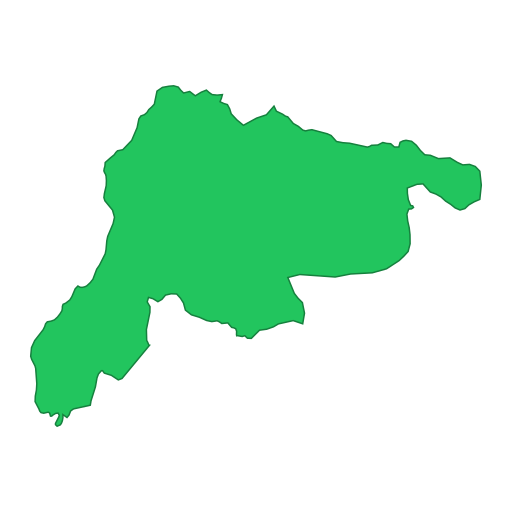 an SVG outline of Vientiane
{"feature_id": "LAO-3284", "entity_name": "Vientiane", "entity_type": "Province", "adm_level": 1, "iso_a3": "LAO", "parent_name": "Laos", "parent_adm1": "", "projection": "natural_earth1", "projection_center": [102.396, 18.611], "detail": "fine", "context": "isolated", "style": "filled", "palette": "green", "viewbox_px": 512, "rotation_deg": 0, "n_neighbors": 0, "source": "natural_earth", "source_scale": "10m", "svg_char_len": 3133}
<svg xmlns="http://www.w3.org/2000/svg" viewBox="0 0 512 512"><path d="M149.4,345.4L122.0,378.5L118.3,379.9L111.3,375.3L104.3,373.1L102.6,370.7L101.4,370.7L98.5,373.9L97.0,377.8L95.4,386.9L91.0,400.9L90.3,405.2L73.5,408.9L70.6,411.0L69.0,415.1L67.0,417.5L62.9,414.6L62.9,417.8L62.4,420.6L61.6,422.9L60.4,424.8L57.1,426.2L56.7,425.8L55.5,424.7L55.5,423.4L58.8,416.9L59.3,415.3L58.1,413.1L55.6,413.4L53.1,414.9L51.7,416.1L50.5,416.1L49.6,412.9L48.1,412.2L43.7,413.2L41.0,412.6L39.7,411.0L38.9,408.9L35.1,401.6L35.3,396.1L36.4,390.2L36.8,383.8L35.7,368.5L35.0,365.9L31.6,359.2L30.7,356.3L31.5,347.6L34.7,340.6L43.1,329.8L44.7,326.6L45.6,323.8L47.3,321.8L51.2,321.1L54.4,319.9L57.5,317.1L60.1,313.7L61.9,310.8L62.3,308.7L62.4,306.3L63.1,304.3L65.8,303.1L69.8,300.0L71.9,296.6L75.2,288.8L77.9,286.0L79.9,287.2L82.1,287.4L84.5,286.9L86.6,286.0L90.6,282.3L91.0,281.6L92.9,279.3L96.7,269.2L99.5,265.1L105.2,253.8L106.0,249.8L106.8,240.8L107.7,236.4L113.1,223.6L114.5,217.2L112.5,210.1L104.9,200.8L103.9,197.6L104.4,193.6L106.2,185.7L106.4,180.7L106.1,176.3L105.6,174.4L104.6,172.7L103.9,170.9L104.2,168.6L104.9,166.2L105.2,162.5L110.4,157.9L114.2,154.8L115.8,152.5L117.5,150.8L122.8,149.7L131.7,140.4L137.1,127.7L138.9,118.9L140.8,116.0L144.4,114.7L146.9,112.6L148.8,109.6L151.7,107.0L154.3,104.2L157.0,91.1L162.4,87.4L169.0,86.2L173.7,85.8L178.3,87.1L180.8,90.3L183.6,93.0L189.7,91.5L195.3,95.8L201.2,92.2L206.4,90.1L209.0,92.4L212.1,94.6L217.2,95.1L222.4,94.6L221.4,98.3L220.0,101.7L223.8,103.5L227.4,104.6L229.7,108.9L231.2,113.8L237.0,120.0L243.4,125.3L256.6,118.1L266.4,114.8L274.0,106.1L276.4,111.2L282.6,114.2L285.5,116.2L287.7,116.8L293.3,123.5L298.4,126.4L302.8,130.1L305.6,130.9L308.4,130.2L311.9,129.7L327.3,133.8L331.1,135.5L336.5,141.5L342.8,142.7L349.5,143.2L367.4,147.1L369.7,146.4L371.5,145.3L377.8,145.0L382.8,142.5L386.7,143.4L390.7,143.7L394.4,147.0L398.8,147.0L400.1,142.3L403.0,140.9L406.0,140.3L411.6,141.3L416.3,145.2L420.4,150.5L424.8,154.8L430.4,155.3L438.4,158.6L450.0,157.9L457.2,162.3L462.8,164.9L469.5,164.4L475.3,166.5L479.8,171.2L481.3,185.1L479.8,199.4L474.2,201.8L468.8,204.9L464.9,208.6L460.0,210.0L455.1,207.9L450.8,204.4L445.6,201.1L441.0,196.9L435.8,194.0L430.3,192.0L423.0,183.9L417.0,184.3L407.3,188.0L407.4,193.4L408.3,199.6L410.6,205.4L412.7,205.9L413.5,207.5L411.5,208.9L408.7,209.1L406.9,214.1L407.7,221.0L409.2,227.7L410.0,234.8L410.1,243.8L408.1,251.5L403.9,256.1L399.1,260.6L386.5,268.8L372.3,272.8L350.5,274.0L335.2,277.0L299.8,274.5L287.8,277.5L294.3,293.4L298.1,298.3L302.4,302.6L304.5,313.2L302.7,323.8L293.2,320.6L278.4,323.9L273.5,326.8L266.7,329.2L259.5,330.2L251.3,338.4L247.4,338.2L244.8,335.7L242.2,336.5L237.3,335.6L236.8,335.8L236.5,334.9L236.6,331.2L235.7,328.7L233.7,327.8L231.7,327.4L230.8,326.4L227.8,322.9L221.8,323.5L219.3,321.8L217.1,320.8L211.8,321.6L206.6,320.5L199.2,317.2L191.4,314.8L185.4,310.1L183.5,303.0L180.4,298.1L176.7,294.0L171.1,293.8L165.5,295.1L161.9,299.4L157.9,301.7L153.0,298.7L148.5,297.4L147.2,301.9L150.0,306.7L149.9,312.4L146.4,329.5L146.7,340.4L147.7,342.3L148.5,344.3L149.3,345.4L149.4,345.4Z" fill="#22c55e" stroke="#15803d" stroke-width="1.5"/></svg>